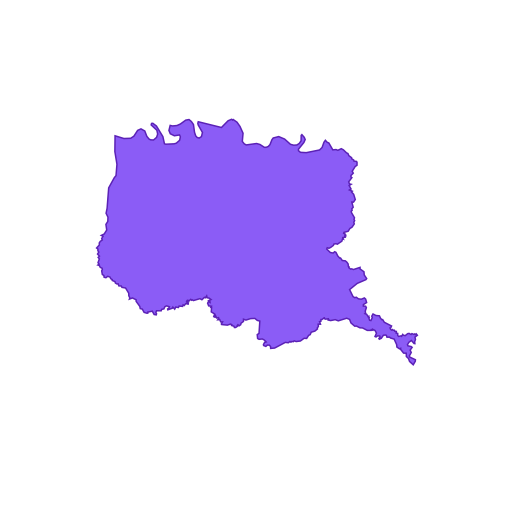 the district of Zarzal, Valle del Cauca, Colombia, rotated 55°
{"feature_id": "7082276B55716898367144", "entity_name": "Zarzal", "entity_type": "district", "adm_level": 2, "iso_a3": "COL", "parent_name": "Colombia", "parent_adm1": "Valle del Cauca", "projection": "orthographic", "projection_center": [-75.989, 4.355], "detail": "fine", "context": "isolated", "style": "filled", "palette": "violet", "viewbox_px": 512, "rotation_deg": 55, "n_neighbors": 0, "source": "geoboundaries", "source_scale": "gbopen_adm2", "svg_char_len": 6153}
<svg xmlns="http://www.w3.org/2000/svg" viewBox="0 0 512 512"><g transform="rotate(55 256 256)"><path d="M413.5,169.3L411.7,169.4L411.9,170.3L410.9,170.6L411.0,171.5L409.0,172.8L409.2,174.0L407.2,175.0L406.6,176.3L406.8,179.5L405.4,180.7L404.4,180.8L405.3,182.8L404.6,183.0L403.7,185.3L402.4,185.5L400.7,184.3L399.5,185.4L398.3,184.3L397.2,185.5L396.2,185.2L395.5,186.3L394.6,186.3L394.5,187.4L393.3,187.8L391.9,187.5L392.2,187.0L391.1,185.1L383.9,188.9L380.7,188.7L380.4,189.4L378.4,189.7L375.8,189.2L373.5,191.9L370.6,193.4L371.7,195.7L373.2,196.1L374.8,198.9L373.8,199.8L371.8,199.2L371.5,198.6L370.4,199.0L370.1,198.2L369.6,198.9L367.1,198.8L365.7,199.8L365.6,199.0L363.8,198.1L361.6,195.2L360.0,195.0L358.6,196.8L357.4,195.9L357.6,192.1L354.2,190.9L352.5,191.3L351.8,194.5L349.8,196.7L347.3,197.5L346.8,199.0L344.9,199.8L337.2,198.6L336.5,188.8L338.4,179.6L338.0,178.3L333.6,178.2L330.8,176.6L326.3,178.2L325.0,177.3L323.0,183.9L321.4,185.0L321.0,186.0L318.8,186.7L318.4,186.0L317.5,186.3L315.4,185.1L313.2,185.1L311.2,185.6L309.2,187.9L306.1,187.9L305.8,188.6L303.0,189.0L298.9,188.4L297.6,189.1L297.8,191.1L295.8,193.1L290.9,194.1L290.1,192.9L291.5,191.8L291.8,189.9L291.7,186.5L290.9,185.4L291.8,183.4L293.0,182.6L293.1,177.2L291.5,175.1L292.2,174.7L290.7,174.3L291.8,172.1L290.8,171.7L291.1,170.9L290.5,170.6L290.3,171.5L289.1,170.4L287.7,171.2L287.1,170.4L288.6,166.3L287.3,163.3L287.5,160.9L286.1,157.1L284.4,156.5L283.6,154.9L282.2,154.7L281.2,153.4L275.2,152.9L273.9,152.3L273.8,151.1L272.3,150.4L271.8,148.4L266.8,146.6L267.8,145.2L266.7,142.3L261.5,140.6L258.4,141.0L258.2,139.9L255.5,141.6L255.6,139.7L251.7,139.3L251.8,137.0L250.5,138.1L248.4,137.5L246.8,132.5L245.6,132.9L244.5,131.9L243.9,128.8L241.8,128.6L239.6,123.5L239.6,121.2L237.2,119.5L236.2,119.4L234.5,121.3L233.4,120.9L231.4,121.8L230.3,121.3L227.0,122.4L224.8,121.9L223.4,122.7L219.2,123.5L217.0,124.6L216.4,128.3L214.7,129.4L213.1,132.2L205.2,131.5L203.6,132.5L201.0,132.8L201.8,135.1L205.0,139.6L205.6,143.1L200.2,155.5L196.6,160.1L194.1,160.8L192.9,160.0L190.5,151.7L188.8,148.9L186.5,148.4L182.9,148.8L183.1,149.8L187.5,153.0L188.6,156.0L188.5,158.8L186.9,161.5L184.3,163.7L176.6,165.5L171.2,168.9L169.2,174.2L169.9,176.3L172.8,180.7L173.3,183.2L172.8,185.3L171.8,186.8L166.9,188.8L164.2,191.0L159.4,200.3L157.4,201.3L154.3,201.5L148.0,196.2L140.7,194.8L135.5,194.8L131.1,196.4L131.2,197.2L130.0,197.6L129.2,201.3L130.9,210.6L112.9,226.3L114.0,227.6L115.6,228.2L124.1,229.0L126.9,232.2L126.8,234.9L125.2,236.2L123.1,236.5L119.4,235.4L112.4,231.8L108.8,231.8L105.8,232.6L104.4,235.6L104.5,242.2L103.8,245.9L101.6,249.8L99.8,251.4L103.2,255.3L106.7,256.1L110.7,253.9L113.0,249.2L115.0,249.6L117.4,252.2L117.9,256.6L117.1,258.8L112.6,265.9L111.5,266.6L104.8,263.8L92.4,263.0L88.1,264.4L87.5,265.5L88.5,266.7L96.1,265.1L99.7,266.6L101.8,269.4L102.2,273.4L100.4,275.7L98.9,276.5L95.4,276.8L89.8,275.4L85.9,277.3L85.2,280.9L87.8,287.3L87.7,291.1L84.0,296.8L76.7,302.5L89.5,311.7L101.1,317.3L109.9,324.6L110.5,327.0L115.7,337.6L131.5,350.6L135.0,354.3L139.3,355.0L142.7,357.6L144.0,360.8L149.1,363.4L150.9,367.7L150.4,370.9L152.1,370.0L153.2,372.4L154.7,372.7L154.7,375.2L155.4,376.9L157.1,378.0L158.0,382.0L159.7,381.5L161.0,382.5L162.6,382.5L163.5,384.7L166.3,384.3L166.6,386.1L168.5,386.0L170.9,389.3L172.6,389.2L172.7,390.7L173.8,389.8L176.0,390.1L177.7,389.1L178.9,389.6L179.6,390.9L183.0,392.5L184.7,391.8L186.3,392.6L187.7,391.4L187.6,389.1L189.5,387.7L191.3,388.0L192.9,387.3L193.6,387.8L196.1,386.2L197.5,386.7L199.2,385.9L199.7,384.9L201.8,385.5L203.2,383.6L204.8,383.8L207.4,381.2L213.5,381.6L215.6,383.0L218.0,383.4L218.7,384.4L219.5,381.3L223.1,379.3L224.4,380.2L230.6,380.1L232.7,381.0L234.3,379.6L238.0,380.0L240.4,378.1L240.7,377.3L239.9,376.8L241.7,372.6L245.5,373.0L247.0,371.5L246.3,370.6L244.8,370.4L243.8,368.9L246.5,365.1L245.6,363.9L246.5,361.8L245.3,359.9L245.5,357.9L247.9,356.0L248.6,357.0L248.7,358.8L249.5,359.1L250.8,354.4L250.2,353.4L252.9,353.1L251.8,351.0L253.7,349.1L252.9,347.7L255.2,345.0L254.2,343.7L255.4,343.1L254.7,340.9L256.5,339.2L255.6,338.3L255.0,339.2L253.8,339.1L254.2,337.6L253.1,338.2L252.9,337.6L254.3,336.2L254.1,334.3L255.3,334.1L255.3,333.4L256.6,332.8L258.8,326.4L260.8,325.4L260.3,322.0L261.2,321.4L260.4,319.3L262.2,320.0L263.7,318.5L265.9,317.8L265.4,320.3L266.7,319.8L267.7,320.3L266.1,321.2L266.9,322.7L269.7,323.4L271.6,321.3L272.2,322.5L272.7,321.9L276.1,324.7L279.8,323.1L281.4,325.4L282.6,324.7L281.8,323.4L284.2,323.8L284.9,322.1L285.6,322.1L286.3,323.9L287.3,322.2L289.7,322.7L290.8,321.2L291.8,323.4L292.5,323.4L296.2,319.1L297.2,315.8L298.4,315.2L298.9,315.9L300.9,314.3L302.2,314.7L302.9,313.7L302.9,311.0L302.2,311.2L301.9,310.2L303.5,309.8L303.5,307.9L302.5,306.9L302.4,303.8L300.6,302.5L302.7,301.0L304.2,296.3L306.5,292.7L309.5,291.9L311.5,290.2L321.1,297.9L321.1,300.1L324.5,302.0L326.0,301.3L327.6,298.4L329.6,297.4L332.2,297.0L331.7,298.5L332.8,300.7L333.7,301.1L335.7,299.8L335.5,297.8L336.7,296.2L338.5,296.0L340.1,297.0L342.1,293.5L343.6,281.5L345.6,279.3L345.5,277.2L346.6,276.8L346.6,275.6L347.6,274.6L347.4,273.4L349.1,272.2L351.1,268.4L351.0,263.8L352.6,261.8L351.2,258.4L351.5,256.7L350.1,254.5L351.3,250.8L351.0,247.5L350.1,247.1L349.5,245.3L347.5,244.2L348.8,242.3L346.2,241.6L346.7,240.3L345.3,239.2L345.9,238.3L345.7,236.0L345.9,235.5L346.6,235.9L347.6,235.3L348.9,232.7L349.8,232.9L349.3,234.1L351.7,231.9L353.6,227.6L356.3,225.8L359.0,217.4L361.6,215.7L365.3,216.6L370.1,215.4L371.0,213.9L374.4,212.1L376.0,210.0L380.8,207.5L383.0,204.3L382.6,203.9L383.7,203.0L382.9,202.5L385.3,201.2L388.3,201.6L390.2,204.7L391.2,204.1L391.1,202.4L392.5,200.5L393.6,200.9L394.1,202.7L394.9,202.7L395.3,200.6L394.0,197.1L394.9,195.4L395.8,194.7L397.6,195.3L399.1,193.1L400.3,192.9L403.3,190.5L409.2,191.6L411.4,192.8L414.4,191.7L414.6,190.5L415.5,191.1L420.2,190.8L421.8,188.7L424.6,190.5L427.4,189.9L430.5,190.7L435.3,189.6L433.6,185.9L432.4,184.9L427.0,188.0L425.8,187.7L424.1,184.2L421.5,183.7L420.4,180.5L419.2,180.8L416.7,183.1L415.5,182.8L414.4,180.3L414.3,177.2L418.4,176.7L418.9,176.1L417.3,175.3L415.8,173.2L413.6,172.3L413.5,169.3Z" fill="#8b5cf6" stroke="#5b21b6" stroke-width="1.5"/></g></svg>